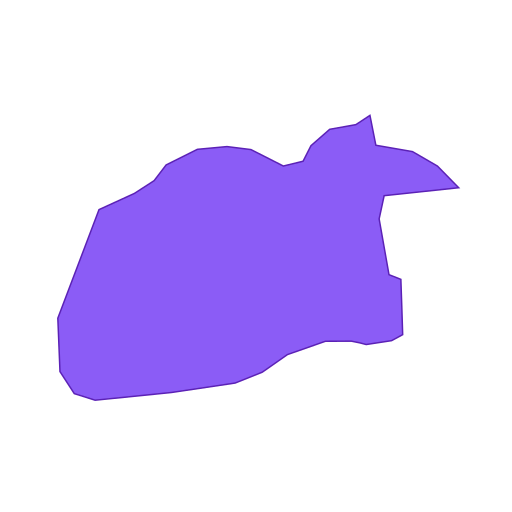 Wadi Bissam, Kanem, Chad, rotated 82°
{"feature_id": "50815135B97156808183777", "entity_name": "Wadi Bissam", "entity_type": "district", "adm_level": 2, "iso_a3": "TCD", "parent_name": "Chad", "parent_adm1": "Kanem", "projection": "natural_earth1", "projection_center": [15.685, 13.516], "detail": "fine", "context": "isolated", "style": "filled", "palette": "violet", "viewbox_px": 512, "rotation_deg": 82, "n_neighbors": 0, "source": "geoboundaries", "source_scale": "gbopen_adm2", "svg_char_len": 623}
<svg xmlns="http://www.w3.org/2000/svg" viewBox="0 0 512 512"><g transform="rotate(82 256 256)"><path d="M367.0,455.1L376.4,435.4L379.4,358.8L378.9,294.3L371.9,265.9L358.0,238.6L350.1,199.1L353.6,173.4L356.5,165.2L359.0,159.2L358.7,133.5L354.3,121.7L326.7,118.7L299.3,115.8L293.0,126.9L236.4,128.9L214.1,120.7L216.6,45.8L192.2,63.8L174.4,86.5L163.0,121.9L132.6,123.6L139.8,138.8L140.8,165.4L154.4,186.2L168.7,196.2L170.7,216.4L149.9,246.2L143.6,269.5L142.2,299.2L153.3,332.3L167.2,346.4L177.1,367.7L188.2,405.0L196.8,409.7L290.0,460.9L343.2,466.2L367.0,455.1Z" fill="#8b5cf6" stroke="#5b21b6" stroke-width="1.5"/></g></svg>